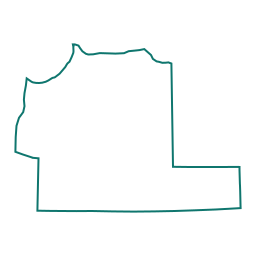 SVG path tracing the border of Ajdabiya
{"feature_id": "LBY-2983", "entity_name": "Ajdabiya", "entity_type": "Municipality", "adm_level": 1, "iso_a3": "LBY", "parent_name": "Libya", "parent_adm1": "", "projection": "orthographic", "projection_center": [21.402, 29.135], "detail": "fine", "context": "isolated", "style": "outline", "palette": "teal", "viewbox_px": 256, "rotation_deg": 0, "n_neighbors": 0, "source": "natural_earth", "source_scale": "10m", "svg_char_len": 1222}
<svg xmlns="http://www.w3.org/2000/svg" viewBox="0 0 256 256"><path d="M239.5,167.0L239.5,170.1L239.9,183.9L240.0,185.4L240.2,191.4L240.5,204.7L240.6,208.1L228.4,208.8L215.5,209.5L195.1,210.3L174.6,211.0L154.2,211.4L133.7,211.6L112.7,211.4L91.8,211.0L76.5,211.1L61.2,211.0L49.3,210.9L37.4,210.7L38.5,158.3L32.7,157.8L32.7,157.7L22.9,154.5L15.4,151.8L15.7,137.1L16.5,125.8L19.0,117.8L23.2,112.1L24.5,106.2L23.9,99.7L24.5,93.1L25.9,85.5L26.7,78.4L31.6,81.8L33.0,82.4L36.0,82.9L39.0,83.0L42.2,82.7L44.0,82.2L45.6,81.8L48.3,80.5L52.1,78.1L52.8,77.8L54.3,77.5L55.0,77.2L59.6,73.7L65.3,67.0L66.8,64.4L67.6,63.3L68.8,62.3L69.5,61.7L71.6,57.2L73.3,52.9L73.5,51.2L73.3,46.2L73.2,45.9L73.6,45.7L73.5,45.4L73.4,45.2L73.0,44.8L72.9,44.4L74.8,44.4L78.5,45.6L79.9,47.9L82.4,51.3L85.9,53.8L88.3,54.5L93.2,54.3L99.8,53.1L112.7,53.5L115.4,53.6L124.0,53.2L126.1,52.3L128.7,51.2L134.7,50.6L139.4,50.1L144.3,49.1L146.9,51.4L151.0,55.0L152.9,58.9L156.6,61.4L158.9,61.8L162.3,62.8L165.7,62.7L168.4,62.4L168.5,62.4L169.2,62.7L169.9,63.0L170.7,63.2L171.4,63.5L171.8,89.4L172.2,115.2L172.6,141.0L173.0,166.8L189.4,167.0L205.9,167.0L222.3,167.0L238.7,166.9L239.1,167.0L239.4,167.0L239.5,167.0Z" fill="none" stroke="#0f766e" stroke-width="2"/></svg>